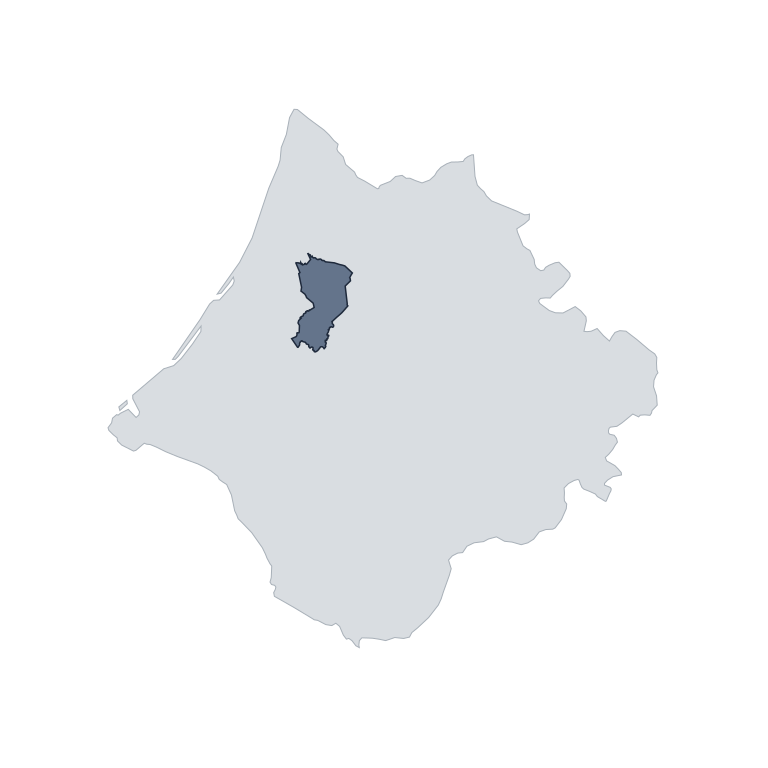 location of Goh, Fromager, Ivory Coast, rotated 130°
{"feature_id": "98640826B83650084589555", "entity_name": "Goh", "entity_type": "district", "adm_level": 2, "iso_a3": "CIV", "parent_name": "Ivory Coast", "parent_adm1": "Fromager", "projection": "orthographic", "projection_center": [-5.701, 6.152], "detail": "fine", "context": "in_parent", "style": "filled", "palette": "slate", "viewbox_px": 768, "rotation_deg": 130, "n_neighbors": 0, "source": "geoboundaries", "source_scale": "gbopen_adm2", "svg_char_len": 9018}
<svg xmlns="http://www.w3.org/2000/svg" viewBox="0 0 768 768"><g transform="rotate(130 384 384)"><path d="M199.4,181.3L201.7,181.3L207.5,179.6L212.9,175.7L217.9,167.6L224.6,161.1L232.1,161.6L234.3,160.4L237.0,160.1L240.1,164.5L243.2,167.7L245.5,167.8L247.1,174.1L260.8,176.7L266.7,178.4L271.6,182.9L273.3,183.1L275.4,182.1L277.1,180.5L277.4,178.8L275.3,174.7L276.2,171.0L278.5,167.8L282.0,167.6L287.3,166.7L293.4,166.7L298.0,167.3L299.8,164.0L298.1,154.7L298.6,149.7L299.3,145.4L301.0,143.6L307.8,149.0L314.0,151.0L318.4,151.2L319.7,150.1L317.8,144.3L318.3,142.5L320.0,141.5L322.9,140.9L330.8,138.5L331.6,139.0L333.1,148.2L332.4,151.3L334.1,157.5L336.1,163.4L336.0,165.8L334.3,169.4L332.3,172.7L332.5,174.1L335.6,176.3L341.7,178.7L347.9,179.2L351.4,175.8L355.1,173.0L357.6,170.6L358.5,166.9L362.4,164.2L373.8,160.9L384.2,160.4L386.7,161.4L391.5,166.5L397.5,170.0L406.6,169.6L413.2,171.7L418.9,175.6L422.8,184.3L427.0,190.6L428.8,199.6L435.5,204.3L440.7,206.4L447.7,212.9L455.0,216.2L462.6,215.4L466.1,218.8L471.7,221.2L477.4,221.4L482.3,213.8L488.8,210.9L505.3,204.8L511.8,202.1L518.4,200.3L534.3,199.7L549.1,201.5L556.5,202.9L561.5,201.8L566.3,205.4L571.3,212.8L575.3,215.2L579.5,217.8L582.6,223.6L586.2,229.5L588.2,232.1L592.7,237.8L596.5,237.9L600.2,235.4L601.8,233.5L602.6,237.3L601.2,243.5L601.5,247.4L603.6,248.8L602.5,253.7L598.2,262.2L598.2,267.1L602.6,268.7L605.7,273.9L607.7,282.9L609.5,285.9L609.7,287.8L613.1,309.6L617.1,331.5L614.7,334.4L611.3,335.2L609.1,336.3L608.5,338.3L609.9,341.3L609.0,344.0L604.8,345.9L595.6,353.0L595.0,355.7L592.6,361.7L590.6,365.3L587.6,372.0L582.9,389.8L581.3,404.6L581.0,409.1L579.2,412.3L577.1,416.9L567.1,429.5L562.1,439.9L562.7,444.4L563.0,448.9L561.5,452.1L561.8,460.8L563.1,468.1L564.9,475.3L572.3,495.5L576.2,507.8L578.6,517.7L580.7,524.3L582.6,527.0L583.5,529.6L594.3,531.4L596.4,532.8L599.4,545.7L598.9,551.6L596.8,553.8L596.9,558.7L596.4,564.9L594.9,567.3L588.8,567.7L584.7,570.0L579.3,569.1L578.7,567.6L575.8,567.1L567.8,563.6L569.0,552.4L565.3,551.9L562.4,553.4L556.8,566.9L554.1,569.3L513.9,562.5L505.1,556.9L494.7,555.7L476.5,556.4L461.5,558.0L457.2,561.4L495.1,559.4L499.2,559.7L501.1,561.8L453.1,566.3L434.8,569.0L429.4,568.3L425.3,564.0L405.4,563.5L401.4,564.9L398.9,568.1L406.7,567.4L419.1,567.2L422.4,569.6L383.7,572.8L356.9,578.9L345.5,583.4L308.1,598.1L285.3,605.0L279.3,607.5L268.9,614.7L255.6,619.2L240.6,627.6L231.4,629.5L229.4,626.8L229.2,612.5L228.0,593.2L228.5,585.9L229.7,579.0L229.8,573.3L234.3,571.1L235.5,568.7L236.2,561.3L240.5,554.5L240.6,542.7L241.9,540.2L242.8,537.1L241.0,529.3L238.7,514.6L237.6,513.6L236.5,514.3L234.2,514.5L224.8,509.4L217.6,508.5L212.5,504.2L212.2,499.3L209.7,496.4L208.0,490.7L205.5,484.1L198.4,480.1L191.7,479.2L187.0,480.0L181.4,479.7L175.0,477.5L170.6,475.0L166.5,470.2L162.6,466.4L159.5,466.8L155.8,465.9L152.1,464.1L150.9,462.8L166.5,447.7L171.7,440.3L172.3,435.7L172.4,431.1L174.1,426.4L174.6,419.3L166.2,393.2L164.1,385.1L161.8,382.7L160.3,381.8L164.7,378.5L170.6,379.4L179.8,382.0L181.8,379.5L188.8,366.3L188.6,361.5L187.9,358.1L192.0,349.1L195.3,345.6L197.0,341.9L196.5,336.8L194.0,334.8L190.8,335.2L187.0,333.9L181.2,330.9L178.3,328.3L179.2,316.4L179.8,312.7L181.9,310.6L185.1,310.1L194.2,309.7L201.5,311.1L207.9,311.9L211.3,311.9L214.1,315.5L217.8,319.1L221.0,319.1L222.2,316.4L221.5,304.7L219.3,298.5L214.5,292.5L201.8,287.3L201.5,280.2L202.8,272.4L205.6,269.6L215.1,264.7L213.4,262.1L210.4,259.2L204.5,256.4L205.9,247.1L206.2,238.9L201.2,239.8L196.0,240.2L191.6,237.7L188.0,232.6L187.4,218.8L187.5,202.9L186.9,195.9L188.3,192.1L192.8,188.7L197.7,184.2L199.4,181.3ZM574.1,569.3L572.0,572.4L561.8,570.5L564.2,567.9L574.1,569.3Z" fill="#d9dde1" stroke="#a8b0b8" stroke-width="1"/><path d="M411.4,474.0L411.4,473.8L411.3,473.6L411.2,473.5L410.8,473.4L410.4,473.5L410.2,473.5L409.8,473.6L409.5,473.6L409.3,473.6L408.5,473.7L408.3,473.8L408.1,473.9L407.6,474.4L407.3,474.7L406.6,474.9L406.3,475.1L405.9,475.2L405.7,475.0L405.4,475.1L405.2,475.1L404.8,475.0L404.5,475.1L404.3,475.1L404.1,475.1L403.8,474.8L403.6,474.6L403.6,474.4L403.7,474.2L403.8,474.1L403.9,473.9L403.5,473.2L403.4,473.0L403.3,472.7L403.3,472.4L403.2,472.2L402.9,471.8L402.7,471.3L402.6,471.1L402.8,470.5L402.8,469.9L402.9,469.7L403.1,469.5L403.2,469.3L403.0,468.4L402.6,467.8L402.4,467.3L402.4,467.1L402.5,466.8L402.6,466.7L402.9,466.4L403.2,466.3L403.3,466.1L403.5,465.9L403.8,465.5L403.8,465.4L403.9,464.7L404.1,464.2L404.0,463.9L403.7,463.6L403.2,463.6L402.8,463.5L402.2,463.2L401.9,462.7L401.7,462.1L401.8,461.8L401.9,461.7L402.3,461.3L402.8,461.0L403.0,460.9L403.3,460.8L403.5,460.7L403.7,460.3L403.7,460.1L403.6,459.9L403.4,459.7L403.3,459.3L403.3,459.1L403.5,458.7L403.9,458.6L404.0,458.5L404.0,458.4L404.0,458.0L403.5,457.2L403.4,457.1L402.7,456.8L401.2,456.3L400.3,456.3L400.2,456.3L399.7,456.2L398.2,456.4L397.7,456.3L397.3,456.4L396.8,456.5L396.3,456.4L396.0,456.2L395.8,456.1L395.6,455.9L395.5,455.7L395.2,455.3L395.0,454.9L395.1,453.8L395.4,452.6L394.4,452.6L394.0,452.4L393.8,452.4L393.3,452.6L392.9,452.8L392.6,452.8L392.4,453.4L392.3,453.6L392.2,453.7L392.1,453.8L391.4,453.8L391.0,454.1L390.5,454.3L389.8,454.5L389.7,454.6L389.6,454.8L389.7,455.2L389.7,455.9L389.6,456.1L389.3,456.2L388.9,456.4L388.8,456.5L388.7,456.8L388.3,457.0L388.2,456.9L388.0,456.7L388.0,456.4L387.9,456.1L387.7,455.9L386.9,456.1L386.9,456.3L386.9,456.6L386.5,456.7L386.2,456.8L386.1,456.7L385.6,456.3L385.4,456.3L385.2,456.3L384.7,456.6L383.6,457.3L383.4,457.4L383.3,457.6L383.1,457.4L382.9,457.2L382.7,457.2L382.4,457.4L382.3,457.5L382.2,457.7L382.2,457.8L382.7,458.6L383.0,458.9L383.1,459.1L382.9,459.4L382.7,459.5L381.4,459.9L380.9,460.0L380.4,460.0L379.8,460.1L379.5,460.3L379.1,460.5L378.9,460.7L378.5,460.7L378.2,460.8L378.2,461.2L378.3,461.3L378.3,461.5L378.2,461.6L377.6,461.4L377.2,461.2L377.0,461.3L376.4,461.6L376.1,461.8L375.9,461.8L375.7,462.0L375.4,461.9L375.1,461.5L374.8,461.6L374.6,461.6L374.4,461.4L374.1,461.3L374.0,461.2L373.9,461.0L373.8,460.1L373.7,460.0L373.1,459.7L372.8,459.5L372.7,459.5L371.7,460.0L371.2,460.6L371.1,461.0L371.0,461.6L371.0,462.2L370.9,462.4L370.8,462.7L370.6,462.9L370.4,463.1L370.2,463.3L369.8,463.3L369.6,463.5L369.5,464.0L369.2,463.9L367.8,463.7L363.1,463.1L360.1,462.6L358.1,462.3L357.1,462.2L356.7,462.1L356.2,462.1L354.0,462.0L353.7,462.0L352.8,462.0L352.1,461.9L351.3,462.0L351.0,461.9L350.4,462.0L349.4,461.9L347.7,461.9L347.4,461.9L347.4,462.1L347.4,462.3L347.4,462.5L347.2,462.8L347.0,463.0L346.9,463.3L346.1,463.8L333.9,476.7L326.5,476.0L324.9,477.8L324.7,478.6L322.0,479.2L321.4,479.3L319.3,479.6L318.7,489.9L319.7,492.3L321.1,495.0L323.1,499.9L325.8,504.0L328.1,507.5L328.0,507.8L328.0,508.0L328.1,508.5L328.0,509.3L328.1,509.5L328.3,509.8L328.7,510.0L328.8,510.2L328.9,510.3L329.0,510.8L329.2,511.1L328.9,511.6L328.9,511.8L328.9,512.0L329.1,512.9L329.3,513.2L329.5,513.3L329.8,513.4L329.9,513.9L330.0,514.0L330.3,514.0L330.6,514.3L330.9,514.3L331.1,514.4L331.2,514.5L331.3,514.9L331.3,515.1L331.5,515.5L331.6,515.9L331.7,516.2L331.6,516.5L331.5,516.9L331.5,517.1L331.4,517.5L331.5,517.7L331.7,517.8L331.8,518.1L331.9,518.4L332.2,518.7L332.6,518.9L332.7,519.0L332.6,519.3L332.7,519.6L332.8,519.7L332.7,520.0L332.9,520.4L332.9,520.5L332.6,520.8L332.8,520.8L333.1,521.0L333.4,521.5L333.1,521.7L333.1,521.8L333.3,521.8L333.2,522.2L333.0,522.4L332.8,522.6L332.7,522.7L332.7,522.9L332.7,523.1L332.5,523.6L332.8,523.9L332.8,524.1L333.0,524.3L333.1,524.6L333.3,524.7L333.3,524.8L333.2,525.2L332.9,525.3L333.0,525.6L332.8,525.9L332.9,526.0L333.1,526.1L335.8,520.3L341.4,520.2L342.1,520.4L342.4,520.5L342.4,520.9L342.3,521.2L342.2,521.6L342.5,521.6L342.7,521.9L342.8,522.1L343.1,521.9L343.4,521.9L343.7,522.1L344.0,522.2L344.5,522.6L345.1,522.9L345.1,523.3L344.9,523.5L345.1,523.7L344.9,523.9L344.5,523.9L344.5,524.2L344.5,524.5L344.6,524.9L344.8,525.1L344.7,525.3L344.8,525.6L344.6,525.8L344.4,526.1L344.7,526.0L345.0,526.0L345.0,525.3L345.3,525.1L345.3,525.4L345.6,525.5L345.6,525.8L345.7,526.1L346.1,526.7L346.0,527.0L346.3,527.5L346.4,527.8L347.1,528.4L347.1,528.7L347.6,529.0L347.7,529.3L348.0,529.2L352.7,520.0L354.2,520.3L362.9,509.3L366.2,507.3L366.0,502.4L366.7,500.4L367.6,498.8L367.6,490.2L370.3,486.7L373.9,487.9L374.6,488.0L374.8,488.3L375.0,488.6L375.3,488.8L375.7,488.7L376.0,488.5L376.4,488.6L376.7,488.9L377.0,489.0L377.1,489.3L377.0,489.6L377.3,489.9L377.6,490.0L377.9,490.0L378.2,490.2L378.9,490.4L379.2,490.2L379.3,489.9L379.6,489.7L380.0,489.7L380.9,490.2L381.2,490.3L381.6,490.4L381.9,490.6L382.2,490.5L382.8,490.3L383.1,490.2L383.3,489.9L383.6,489.8L384.0,489.8L384.3,489.9L384.5,490.1L384.8,490.3L385.1,490.5L385.4,490.5L385.8,490.7L386.1,490.7L386.4,490.9L386.7,490.9L387.0,490.9L387.4,490.7L387.0,489.8L389.3,490.0L390.1,490.2L392.5,489.1L393.5,486.4L398.4,482.6L398.6,482.4L399.2,482.2L399.4,482.2L399.5,482.2L400.2,482.9L400.5,483.4L400.8,483.5L401.1,483.4L401.6,482.8L401.8,482.6L402.0,482.5L402.4,482.3L402.7,482.1L402.8,482.0L403.3,481.9L403.5,481.8L404.1,481.8L404.3,481.9L404.5,481.9L408.6,483.9L411.4,474.0Z" fill="#64748b" stroke="#1e293b" stroke-width="1.5"/></g></svg>